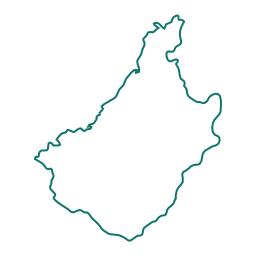 SVG path tracing the border of Chagang-do
{"feature_id": "PRK-3310", "entity_name": "Chagang-do", "entity_type": "Province", "adm_level": 1, "iso_a3": "PRK", "parent_name": "North Korea", "parent_adm1": "", "projection": "mercator", "projection_center": [126.424, 40.896], "detail": "fine", "context": "isolated", "style": "outline", "palette": "teal", "viewbox_px": 256, "rotation_deg": 0, "n_neighbors": 0, "source": "natural_earth", "source_scale": "10m", "svg_char_len": 3987}
<svg xmlns="http://www.w3.org/2000/svg" viewBox="0 0 256 256"><path d="M177.5,15.4L178.4,16.3L178.5,19.1L179.0,19.8L180.2,19.7L182.3,20.1L184.0,21.5L183.7,22.3L182.0,25.5L180.6,28.9L179.9,32.7L180.0,35.7L180.4,38.5L181.0,40.3L181.1,41.2L181.1,42.3L180.3,44.2L178.8,45.2L177.2,46.0L175.7,47.2L174.8,48.9L174.1,50.4L173.3,51.4L171.6,51.8L168.9,51.4L167.7,51.7L166.6,53.0L166.4,54.6L166.6,56.6L167.2,58.5L167.9,59.9L169.6,61.3L171.2,61.3L174.7,59.7L175.5,59.5L176.5,59.5L177.4,59.8L177.9,60.8L177.7,61.8L176.4,63.2L176.1,64.0L176.4,64.9L178.1,67.7L178.8,69.7L179.3,71.9L179.9,76.2L180.9,78.7L184.1,81.3L184.7,83.2L184.5,84.4L184.1,85.2L184.2,86.0L185.3,87.4L186.3,88.7L186.7,90.3L187.2,93.7L188.4,96.1L190.1,97.7L195.6,101.3L196.8,101.8L199.7,102.1L203.3,103.1L204.6,102.9L206.5,101.7L207.7,100.1L208.6,98.2L210.0,96.4L212.1,94.9L214.8,93.9L217.5,93.9L219.6,95.4L220.4,97.7L220.9,100.9L221.0,104.3L220.9,106.9L220.5,111.6L219.1,114.6L214.5,119.8L212.9,123.1L212.2,127.6L212.7,131.9L214.7,134.7L218.3,136.4L219.4,137.9L219.6,140.4L219.1,142.1L218.4,143.4L217.4,144.5L216.2,145.2L212.1,146.5L204.8,150.9L202.8,153.7L201.4,161.0L199.7,163.8L198.5,164.4L194.3,165.0L192.6,165.5L191.2,166.2L189.9,167.3L188.5,168.7L185.7,170.7L183.3,172.0L182.2,174.1L182.8,178.6L182.7,182.1L180.9,184.7L178.7,187.2L176.9,190.1L176.4,192.2L175.9,194.4L175.7,196.6L175.8,198.3L175.7,198.3L173.5,203.3L172.1,205.1L168.5,208.0L167.8,209.0L167.3,209.6L166.6,212.4L166.0,214.1L165.3,214.9L164.6,215.3L163.0,215.4L161.7,215.7L160.9,216.0L160.1,216.5L158.8,217.4L157.9,218.5L156.8,220.0L156.0,220.8L155.3,221.3L153.2,221.7L152.3,222.0L151.5,222.5L145.5,226.8L144.4,227.7L143.7,228.6L143.4,229.3L143.2,230.0L142.8,232.3L142.6,233.3L142.1,234.5L141.4,235.2L140.7,235.5L137.9,235.7L136.8,236.2L131.2,240.1L130.1,240.6L129.3,240.6L128.6,240.5L128.0,240.2L123.9,237.4L120.3,235.7L118.4,235.1L109.7,234.1L107.7,233.2L103.6,230.5L102.2,229.2L98.2,224.0L92.0,218.2L89.5,214.7L87.8,213.0L87.1,212.5L86.4,212.4L85.2,212.5L83.9,212.2L83.0,211.6L81.9,210.7L81.0,210.3L80.2,210.2L78.9,210.2L77.5,210.5L76.2,211.1L74.9,211.9L74.1,212.2L73.2,212.3L71.8,212.0L70.9,211.6L70.2,211.2L68.7,209.7L57.7,202.4L54.7,199.6L54.0,198.7L53.7,197.9L53.8,197.2L54.2,196.6L54.7,196.0L55.1,195.4L55.2,194.7L55.1,194.0L54.6,193.4L50.7,189.2L50.4,188.6L50.2,188.0L50.1,187.3L50.1,186.6L50.3,186.0L51.0,184.6L51.2,183.9L51.6,180.4L51.7,180.2L51.8,179.9L52.9,178.2L53.1,177.5L53.4,176.8L53.5,176.2L53.5,175.5L53.3,174.9L52.6,173.3L52.5,172.8L51.9,170.0L51.5,169.2L50.9,168.7L50.2,168.7L48.7,169.2L47.9,169.1L46.9,168.7L46.2,168.2L43.3,164.4L42.4,163.5L41.6,162.9L35.0,159.0L35.3,157.3L36.0,156.7L37.7,157.0L38.5,156.4L38.8,155.7L38.9,153.9L39.2,153.0L40.0,151.5L41.0,150.8L42.2,150.5L46.1,150.4L47.3,149.9L48.0,148.5L48.2,145.8L48.6,143.4L49.7,142.6L51.1,143.0L52.4,144.1L53.1,145.2L53.3,145.5L58.8,145.4L60.1,144.6L59.3,142.7L56.6,139.4L60.2,134.8L62.2,133.4L62.4,133.2L65.2,132.6L66.1,132.2L66.5,131.4L66.9,130.6L67.5,130.1L68.4,130.0L69.2,130.2L73.2,132.0L74.2,131.9L78.0,129.2L79.2,128.6L80.7,128.4L81.7,129.0L82.8,130.3L84.0,131.1L85.3,130.5L86.6,129.4L89.5,129.0L90.7,128.4L91.4,127.1L90.9,126.6L89.7,126.4L88.2,126.6L89.2,124.8L90.9,124.2L92.7,123.9L94.3,122.7L96.2,119.7L96.8,118.2L96.5,117.2L97.1,116.2L97.9,115.5L98.8,115.1L99.8,114.7L99.5,113.1L100.5,111.8L101.9,110.4L103.0,108.7L101.6,106.4L103.9,104.3L114.5,98.0L115.8,96.8L116.7,95.3L119.1,89.9L120.2,88.5L122.6,86.1L123.6,84.7L125.8,79.5L126.8,77.9L131.5,72.3L134.4,70.0L137.2,70.1L136.9,70.6L136.7,71.1L136.4,71.5L135.9,71.9L135.9,72.8L139.1,71.8L139.1,68.6L137.8,64.7L137.2,61.5L137.7,59.9L141.0,54.6L142.6,49.0L144.3,45.5L144.6,43.8L144.3,42.2L143.3,40.4L143.3,38.9L146.6,35.4L148.1,32.4L149.6,32.1L153.0,32.2L154.0,31.6L157.0,28.8L158.5,27.9L157.2,26.9L155.8,26.0L154.6,25.1L153.9,23.6L155.5,22.9L157.0,22.9L158.4,23.4L159.8,24.4L162.6,27.5L164.2,28.6L164.9,27.5L166.1,24.3L171.3,22.1L172.5,18.8L173.4,17.4L175.5,16.0L177.5,15.4Z" fill="none" stroke="#0f766e" stroke-width="2"/></svg>